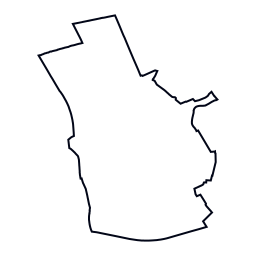 Schiedam, Zuid-Holland, Netherlands (Robinson projection)
{"feature_id": "6326949B24591073914340", "entity_name": "Schiedam", "entity_type": "district", "adm_level": 2, "iso_a3": "NLD", "parent_name": "Netherlands", "parent_adm1": "Zuid-Holland", "projection": "robinson", "projection_center": [4.387, 51.93], "detail": "fine", "context": "isolated", "style": "outline", "palette": "ink", "viewbox_px": 256, "rotation_deg": 0, "n_neighbors": 0, "source": "geoboundaries", "source_scale": "gbopen_adm2", "svg_char_len": 5160}
<svg xmlns="http://www.w3.org/2000/svg" viewBox="0 0 256 256"><path d="M115.0,15.4L113.5,15.7L107.6,16.9L105.4,17.4L103.2,17.8L102.4,17.8L102.0,17.9L101.9,18.0L101.6,18.0L101.4,18.0L101.2,18.1L100.8,18.2L100.5,18.2L100.4,18.3L100.2,18.3L99.5,18.5L76.6,23.2L72.9,23.9L76.0,30.0L77.5,32.9L78.3,34.5L79.5,36.8L80.8,39.4L82.4,43.0L80.5,43.5L78.9,43.8L77.0,44.3L75.0,44.9L73.5,45.3L71.8,45.6L70.4,46.0L69.2,46.5L68.5,46.9L67.4,47.1L66.0,47.4L64.7,47.7L64.2,47.8L63.9,48.0L63.7,48.1L63.2,48.2L62.9,48.2L62.1,48.5L61.2,48.7L59.9,49.0L58.1,49.6L57.5,49.7L57.0,50.1L53.4,50.9L52.2,51.2L51.5,51.5L51.2,51.6L50.8,51.5L50.4,51.6L49.6,51.8L48.7,52.4L48.6,52.5L47.2,52.7L46.6,52.9L46.2,53.1L44.8,53.4L44.4,53.5L43.6,54.0L42.7,54.3L41.6,54.7L41.0,55.1L40.2,55.1L39.4,55.3L38.6,55.5L47.3,70.2L48.1,71.6L49.5,74.0L50.7,76.1L52.4,78.8L55.5,84.1L59.6,91.0L60.6,92.1L61.2,93.0L62.4,94.7L63.3,96.2L63.6,96.7L64.8,98.9L65.3,99.7L65.5,100.2L65.8,100.6L66.1,101.2L66.3,101.6L67.4,103.8L67.5,104.1L67.7,104.5L68.5,106.3L68.8,107.1L68.9,107.5L69.3,108.7L70.3,111.6L70.5,112.1L71.2,114.5L71.8,117.1L72.0,118.0L72.5,120.4L72.7,121.8L72.8,122.1L72.8,122.4L72.9,122.7L72.9,123.0L73.0,123.6L73.1,124.5L73.7,132.5L73.9,136.0L72.5,136.6L72.1,136.8L71.4,137.2L70.8,137.6L70.0,138.3L68.3,139.7L69.3,148.1L69.7,148.3L69.9,148.4L70.4,148.7L70.9,149.0L71.0,149.1L73.0,150.9L74.1,152.0L74.6,152.4L75.2,153.1L75.6,153.6L77.7,155.8L77.9,156.1L78.0,156.3L78.1,156.5L78.7,158.8L78.9,159.7L79.2,163.9L79.3,165.7L79.4,166.7L79.6,169.9L79.7,171.0L79.7,172.8L79.8,173.4L79.9,173.9L79.9,174.7L80.0,175.3L80.2,176.2L80.3,177.2L80.6,178.6L81.6,178.4L82.4,181.0L83.1,183.2L83.3,183.5L85.8,189.0L86.0,190.0L86.7,193.0L87.3,195.7L87.8,198.3L87.9,198.6L88.0,199.1L88.3,200.7L89.0,204.1L89.3,205.2L90.0,207.8L89.6,210.4L89.8,210.8L89.4,213.2L89.5,213.3L89.4,213.6L89.3,213.9L89.3,214.2L89.3,214.5L89.2,214.8L89.1,215.4L89.1,215.6L89.1,215.9L89.1,216.2L89.0,216.6L89.0,217.3L89.0,218.2L89.0,219.0L89.0,219.7L89.0,219.8L89.3,222.0L89.3,222.3L89.4,222.8L89.5,223.3L89.5,223.6L89.5,223.9L89.6,224.2L89.7,224.5L89.7,224.8L89.8,225.1L89.8,225.4L89.9,225.7L90.0,226.0L90.0,226.3L90.1,226.6L90.2,226.9L90.3,227.2L90.3,227.5L90.4,227.8L90.5,228.1L90.6,228.4L90.7,228.7L90.8,229.0L90.9,229.3L91.0,229.6L91.1,229.9L91.2,230.2L91.3,230.4L91.4,230.7L91.6,231.0L91.7,231.3L91.8,231.6L92.0,231.6L93.0,231.8L96.3,232.2L98.5,232.6L100.3,233.0L114.2,235.8L129.7,239.0L137.1,240.1L139.1,240.3L139.5,240.3L141.2,240.5L142.8,240.5L144.5,240.6L146.2,240.6L147.7,240.6L148.8,240.6L152.6,240.4L156.8,240.1L158.8,239.8L160.5,239.6L162.2,239.3L163.8,239.0L165.2,238.7L166.5,238.4L167.6,238.1L175.9,235.7L191.5,231.2L199.1,229.1L206.6,226.9L203.1,221.3L212.0,212.5L211.2,211.6L211.1,211.4L206.5,206.2L205.6,204.8L205.7,204.7L205.8,204.5L205.8,204.4L205.9,204.2L206.0,203.7L204.1,200.6L200.4,194.7L196.8,196.2L195.6,194.3L194.4,188.7L202.2,185.1L202.3,185.0L202.5,184.9L202.8,184.7L203.0,184.6L203.4,184.1L203.5,183.4L203.6,183.2L203.9,182.6L204.0,182.6L204.1,182.4L206.2,182.5L206.3,181.1L206.4,180.2L210.8,180.5L212.0,175.6L212.4,175.7L215.7,162.1L215.5,153.4L215.1,153.0L215.0,151.4L214.8,151.5L214.5,151.5L214.3,151.6L214.0,151.6L212.9,151.7L212.1,151.8L211.4,151.8L210.8,151.9L202.5,137.9L198.1,130.5L197.6,130.7L196.5,131.1L196.2,130.3L196.0,130.0L195.9,129.8L195.7,129.5L195.3,128.9L195.0,128.5L194.5,127.7L194.4,127.6L194.1,127.4L193.7,126.9L193.4,126.6L193.3,126.4L193.1,126.1L192.8,125.7L192.5,125.2L192.4,124.9L192.2,124.4L192.1,124.1L192.0,123.9L192.0,123.6L191.9,123.4L191.9,123.2L191.9,122.5L191.9,122.0L191.9,121.2L192.0,120.8L192.0,120.4L192.1,119.8L192.1,119.3L192.3,118.5L192.5,117.3L192.7,116.7L192.8,116.1L192.9,115.7L193.2,114.5L193.4,113.7L193.5,113.3L193.6,112.7L193.7,110.9L193.6,110.7L193.8,110.4L193.8,110.0L194.0,109.3L194.2,109.0L194.3,108.7L194.5,108.4L194.8,108.0L195.0,107.8L195.4,107.4L195.6,107.2L195.9,107.0L196.3,106.7L196.5,106.6L196.9,106.5L197.3,106.3L197.8,106.2L198.2,106.1L198.6,106.0L199.2,105.9L199.7,105.9L200.2,105.8L200.5,105.8L200.9,105.8L201.8,105.8L202.4,105.8L203.3,105.8L203.7,105.7L203.9,105.7L204.3,105.7L204.7,105.6L204.9,105.6L205.0,105.6L205.4,105.5L205.6,105.4L205.8,105.3L205.9,105.2L206.1,105.2L206.3,105.1L206.9,104.7L207.5,104.4L208.8,103.7L209.3,103.4L209.6,103.2L210.4,102.7L210.9,102.4L211.7,101.9L213.3,101.1L213.6,100.9L213.8,100.8L214.0,100.7L214.3,100.6L214.8,100.4L216.4,100.1L217.4,99.5L216.4,98.4L216.0,97.9L214.5,96.2L214.4,96.0L214.2,96.0L211.5,91.8L209.0,94.0L208.0,95.7L207.0,96.5L205.4,97.6L199.0,100.2L195.0,101.2L192.9,99.0L186.3,101.8L185.7,101.6L180.6,103.7L175.9,99.9L175.7,99.7L175.9,98.1L174.9,97.2L174.3,97.2L173.5,97.2L172.2,96.9L171.4,96.3L171.2,96.1L169.6,94.8L169.2,94.5L168.8,94.1L168.5,93.8L168.2,93.5L166.8,92.3L166.1,91.6L164.5,90.2L156.8,84.6L154.7,80.9L154.3,80.6L153.8,80.5L152.7,80.0L152.8,79.3L152.9,79.1L153.3,78.8L155.2,75.8L157.2,71.2L157.3,71.0L155.1,70.4L154.3,70.7L145.2,74.8L143.3,75.6L142.6,75.9L142.4,75.7L142.2,75.5L141.7,75.4L140.6,75.7L139.6,73.3L138.1,69.6L133.6,59.3L129.5,49.6L126.5,42.4L124.6,37.8L123.5,35.5L121.9,31.7L121.3,30.2L119.9,26.8L116.5,18.8L115.8,17.2L115.0,15.4Z" fill="none" stroke="#020617" stroke-width="2"/></svg>